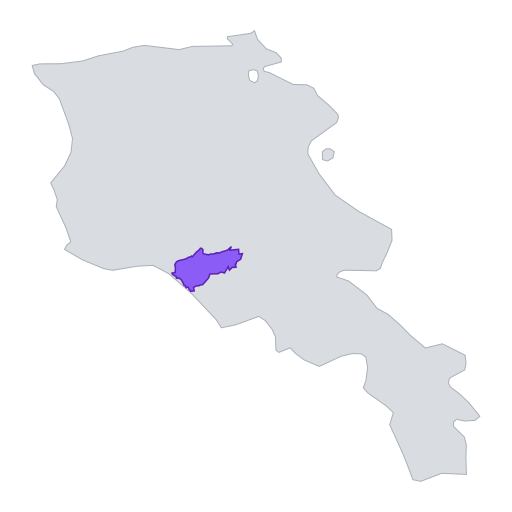 location of Artashat, Ararat, Armenia
{"feature_id": "60910142B11661683743390", "entity_name": "Artashat", "entity_type": "district", "adm_level": 2, "iso_a3": "ARM", "parent_name": "Armenia", "parent_adm1": "Ararat", "projection": "mercator", "projection_center": [44.574, 40.021], "detail": "fine", "context": "in_parent", "style": "filled", "palette": "violet", "viewbox_px": 512, "rotation_deg": 0, "n_neighbors": 0, "source": "geoboundaries", "source_scale": "gbopen_adm2", "svg_char_len": 3732}
<svg xmlns="http://www.w3.org/2000/svg" viewBox="0 0 512 512"><path d="M221.3,327.8L216.4,319.9L191.7,293.7L168.8,273.7L153.1,265.4L137.3,266.2L112.7,270.3L103.7,268.6L82.3,259.8L64.5,249.4L66.9,245.0L70.7,241.9L66.2,228.3L56.2,206.5L57.3,199.6L54.1,190.1L50.7,182.9L64.7,165.8L71.1,152.0L72.5,138.5L68.8,124.5L59.5,99.1L53.9,91.7L43.3,84.8L34.4,73.5L32.2,65.5L39.7,63.9L61.4,63.7L82.5,61.0L99.0,55.7L123.0,51.2L132.8,47.3L144.3,45.4L179.3,49.6L192.3,46.4L231.7,45.8L232.7,44.1L227.4,38.7L227.4,36.7L250.8,33.3L254.5,30.7L257.5,39.3L266.3,48.8L276.0,52.6L281.1,57.9L281.4,61.9L264.3,66.7L263.2,69.1L264.3,71.4L269.4,72.6L293.2,84.5L306.8,84.8L313.9,88.4L317.5,95.5L328.9,105.2L337.9,114.5L338.4,117.8L336.7,122.5L311.4,140.8L308.2,147.1L307.8,153.8L318.9,173.6L335.3,195.2L359.0,211.6L391.6,229.4L392.0,240.4L386.8,253.4L382.4,262.3L380.4,268.3L376.4,270.8L344.0,270.2L339.1,272.3L337.0,274.9L336.8,277.0L348.5,281.0L366.7,294.9L377.1,308.4L388.0,314.3L400.3,325.1L410.1,335.1L425.3,348.0L442.4,343.8L465.1,355.2L466.1,363.1L464.6,370.0L450.3,377.6L448.6,380.8L448.6,383.4L450.4,387.1L458.8,393.3L468.7,402.5L479.8,416.3L474.9,420.4L464.5,421.0L456.4,419.3L453.6,422.1L453.7,426.6L464.3,437.0L466.3,444.6L465.9,457.8L466.4,474.4L441.8,473.3L420.8,481.3L412.9,479.7L407.6,465.6L403.1,454.1L389.7,424.7L393.4,412.6L385.9,405.6L367.9,393.0L363.3,387.8L365.9,380.7L367.6,367.6L365.9,357.0L361.1,353.8L352.1,353.6L341.2,356.2L319.3,366.4L304.1,359.9L295.3,353.3L290.2,347.8L278.8,352.4L276.0,350.2L275.4,336.5L272.0,329.2L265.2,320.6L258.8,316.4L235.4,324.9L221.3,327.8ZM257.6,80.6L258.4,75.5L257.3,71.0L253.5,69.6L248.8,70.8L248.4,75.8L249.9,80.6L254.6,82.7L257.6,80.6ZM332.9,157.9L327.5,161.0L322.4,159.6L322.4,151.8L326.1,148.8L330.3,148.9L334.3,151.7L332.9,157.9Z" fill="#d9dde1" stroke="#a8b0b8" stroke-width="1"/><path d="M200.4,248.2L199.0,250.1L196.5,252.0L192.5,256.6L191.5,256.0L190.8,256.9L188.9,257.1L185.8,258.9L184.9,259.1L182.5,259.8L179.8,260.3L178.2,260.9L176.6,261.7L175.4,263.5L174.8,264.9L175.2,266.5L175.4,268.0L175.2,272.6L174.3,272.4L172.9,273.1L171.6,272.7L171.8,272.9L171.9,273.1L172.0,273.3L172.1,273.6L172.2,273.8L172.4,274.0L172.6,274.3L172.7,274.5L172.9,274.7L173.2,274.8L173.4,274.9L173.6,275.1L174.0,275.3L174.4,275.6L174.8,275.8L176.1,276.4L176.2,276.5L176.3,276.8L176.3,277.2L176.2,277.5L176.3,277.9L176.5,278.1L176.8,278.3L177.2,278.3L177.6,278.3L177.8,278.1L178.0,277.9L178.4,277.9L178.7,278.0L179.1,278.3L179.3,278.5L179.7,278.6L179.9,278.8L180.0,278.9L180.3,279.0L180.8,279.3L181.1,279.6L181.4,279.9L181.7,280.3L181.8,280.6L182.1,280.9L182.2,281.1L182.2,281.4L182.3,281.8L182.4,282.1L182.5,282.3L182.9,282.6L183.2,282.8L183.5,283.2L183.5,283.6L183.5,284.0L183.5,284.3L183.6,284.7L183.7,284.8L184.0,285.0L184.2,285.3L184.4,285.6L184.8,285.7L185.2,285.7L185.4,285.9L185.7,286.4L185.9,286.9L186.1,287.4L186.1,287.6L186.4,287.6L186.7,287.5L187.0,287.4L187.3,287.3L187.8,287.2L188.3,287.4L188.5,287.7L188.5,287.8L188.7,288.3L188.8,288.7L189.0,289.1L189.2,289.6L189.5,289.8L189.8,290.1L190.1,290.3L190.7,291.3L194.2,290.9L193.5,287.4L196.9,285.7L198.7,285.9L200.3,284.9L202.4,284.8L204.8,282.3L208.5,278.0L210.0,274.0L218.1,273.7L220.9,272.0L224.5,273.0L228.2,266.7L229.0,269.2L229.4,270.2L232.5,267.2L234.3,267.5L236.2,267.0L235.2,265.0L235.4,264.1L236.0,264.1L236.6,261.8L240.6,259.3L242.4,253.6L239.0,254.2L238.6,249.3L233.5,249.8L230.8,250.3L229.8,250.1L231.4,246.6L228.4,249.3L227.7,249.9L226.1,250.6L221.6,251.9L218.8,253.3L218.1,252.8L217.0,252.7L216.0,253.4L215.5,253.1L214.6,253.9L210.2,254.1L208.3,254.9L207.6,254.6L206.5,254.5L205.4,254.1L204.0,254.0L203.1,253.6L202.8,252.9L203.0,250.1L202.7,249.4L201.8,248.5L201.0,248.2L200.4,248.2Z" fill="#8b5cf6" stroke="#5b21b6" stroke-width="1.5"/></svg>